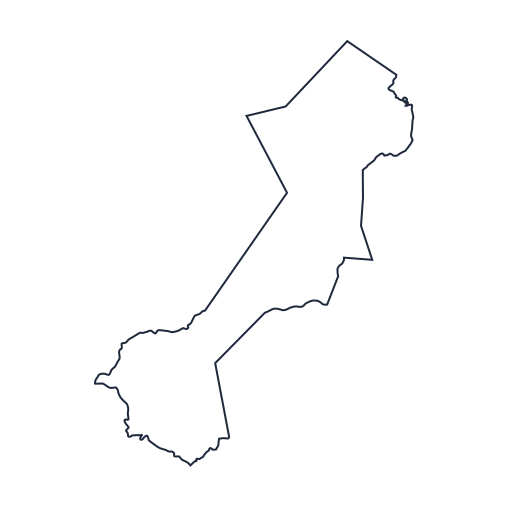 the district of Concepción, Copán, Honduras, rotated 78°
{"feature_id": "27666195B32287838652437", "entity_name": "Concepción", "entity_type": "district", "adm_level": 2, "iso_a3": "HND", "parent_name": "Honduras", "parent_adm1": "Copán", "projection": "orthographic", "projection_center": [-88.87, 14.863], "detail": "fine", "context": "isolated", "style": "outline", "palette": "slate", "viewbox_px": 512, "rotation_deg": 78, "n_neighbors": 0, "source": "geoboundaries", "source_scale": "gbopen_adm2", "svg_char_len": 6048}
<svg xmlns="http://www.w3.org/2000/svg" viewBox="0 0 512 512"><g transform="rotate(78 256 256)"><path d="M447.2,363.7L445.3,360.7L444.0,358.3L444.0,357.9L444.3,357.3L444.2,357.0L444.0,356.9L443.6,356.7L442.4,356.6L442.2,356.3L442.1,356.0L442.1,355.6L442.8,353.9L442.8,353.5L442.6,352.8L442.1,351.8L441.4,349.5L440.8,348.9L439.9,348.3L439.0,347.0L438.0,345.9L437.7,345.4L436.9,343.6L436.1,342.3L435.9,342.1L435.4,342.0L435.0,341.8L434.7,341.4L434.4,341.0L434.4,340.7L434.5,340.4L434.8,339.8L435.3,339.4L436.1,339.1L436.3,338.8L436.8,337.1L436.9,335.3L433.4,332.3L427.1,330.2L427.3,326.2L428.7,321.2L427.6,319.9L352.3,318.2L313.4,259.2L312.7,255.6L311.5,251.3L311.4,250.2L311.3,249.3L311.6,247.7L312.1,245.9L313.1,243.7L314.4,241.5L314.6,241.0L314.7,240.4L314.8,238.9L314.7,237.3L314.4,235.9L313.8,233.9L313.6,232.7L313.5,231.4L313.4,229.4L313.5,228.3L313.7,227.2L314.0,226.1L314.9,223.8L315.1,223.0L315.1,222.1L315.0,221.1L314.8,220.3L314.5,219.7L313.6,218.6L313.1,217.8L312.7,216.8L312.3,215.6L311.9,214.0L311.5,212.0L311.4,210.7L311.4,209.5L311.6,208.5L312.2,206.3L312.6,205.3L313.1,204.5L313.7,203.6L314.6,202.7L315.6,201.8L316.7,201.1L317.5,200.1L318.1,197.9L318.3,196.5L292.8,179.8L290.6,179.8L289.4,179.7L286.0,179.1L285.0,178.7L283.8,177.6L282.9,176.6L282.4,175.7L281.6,173.8L281.1,173.1L280.5,172.5L279.4,171.6L278.2,170.9L277.2,170.5L275.9,170.3L283.9,143.1L248.3,147.0L221.5,139.3L194.2,133.7L192.9,131.5L192.4,130.1L192.2,129.6L191.8,129.0L191.0,128.3L190.6,127.9L187.1,120.7L186.2,119.6L184.9,118.6L184.4,118.0L182.9,115.0L182.3,113.6L181.9,112.2L181.9,111.8L181.9,111.4L182.1,110.9L182.3,110.6L182.8,110.2L183.4,109.9L183.8,109.7L184.4,109.7L184.5,109.6L184.6,109.2L184.5,108.3L184.6,106.9L184.5,106.1L184.4,105.3L183.8,104.4L183.8,103.7L184.1,103.0L184.6,102.3L185.0,101.9L185.9,101.3L186.4,100.5L186.8,99.9L186.9,99.2L187.1,97.7L187.0,97.1L186.9,96.4L185.9,94.5L185.2,92.3L184.5,89.5L184.1,88.0L183.9,87.6L182.7,86.4L181.5,84.7L179.9,83.2L178.3,81.1L177.7,80.7L176.3,79.7L176.0,79.4L175.7,78.9L175.4,78.8L174.6,78.8L173.0,79.1L171.8,79.3L171.0,79.4L170.0,79.2L167.6,78.4L164.4,77.0L156.0,74.7L155.3,74.4L154.1,73.7L153.4,73.4L152.0,73.2L150.4,73.2L147.1,73.2L145.3,73.3L141.3,72.0L140.9,72.1L140.5,72.4L140.3,72.7L140.1,73.2L140.1,75.2L140.4,77.4L140.3,78.0L140.1,78.5L139.9,78.4L139.5,77.4L138.9,76.3L138.5,75.8L138.0,75.6L137.4,75.5L137.1,75.8L137.1,76.2L137.4,77.0L137.3,77.6L137.2,77.9L136.7,78.4L136.4,78.7L136.1,78.8L135.7,78.7L135.5,78.4L135.5,78.0L136.0,77.6L136.1,77.1L136.0,76.6L135.6,76.2L135.0,75.9L134.4,75.8L133.7,75.9L132.9,76.3L132.4,76.8L132.0,77.4L131.9,78.0L132.1,78.6L132.5,79.3L133.1,79.6L133.6,79.6L134.1,79.2L134.4,79.3L134.6,79.5L134.5,80.1L133.8,81.5L132.4,83.4L131.9,83.9L131.0,84.3L130.8,84.5L130.4,85.6L130.1,86.2L129.9,86.3L129.7,86.3L129.2,85.8L128.9,85.7L127.6,85.8L127.0,86.0L126.2,86.5L125.7,86.8L124.2,87.1L123.8,87.4L123.2,88.2L121.3,90.9L120.8,91.3L120.2,91.5L119.6,91.6L119.2,91.4L119.0,91.2L117.9,89.4L116.6,86.9L116.3,86.5L115.8,85.9L115.3,85.6L115.0,85.5L113.7,85.5L112.8,85.1L111.9,84.4L111.1,82.9L110.4,82.1L109.3,81.5L107.9,81.1L64.8,122.1L115.9,195.9L117.0,236.1L200.6,212.5L298.9,317.3L298.8,318.5L298.9,319.4L299.2,320.4L300.3,321.9L300.8,323.0L301.1,324.1L301.5,327.4L301.6,327.9L301.9,328.3L302.2,328.8L302.8,329.4L304.8,330.9L307.0,332.6L307.7,333.2L308.4,334.1L309.2,335.2L309.1,335.7L309.2,336.2L309.3,336.6L309.6,336.9L310.0,337.2L310.5,337.3L310.8,337.3L311.4,337.0L311.6,337.0L311.9,337.2L312.2,337.4L312.6,337.8L312.8,338.4L313.0,339.0L312.9,339.5L311.8,341.5L311.4,342.2L311.4,342.5L312.0,344.4L312.8,347.0L313.0,347.8L313.2,351.1L313.1,353.6L313.0,354.2L312.7,355.0L311.7,356.6L311.2,357.6L309.3,363.2L308.7,364.9L308.4,366.3L308.3,367.1L308.4,367.5L309.2,368.8L309.6,369.1L310.2,369.5L310.5,369.8L310.7,370.2L310.7,370.7L310.6,371.1L310.4,371.4L307.5,373.8L307.3,374.2L307.1,374.7L307.0,375.2L307.0,375.9L307.5,378.6L307.7,382.1L307.6,383.4L307.1,384.6L307.0,385.2L307.2,386.2L307.6,387.6L309.5,392.8L311.1,397.6L311.5,398.3L313.6,401.2L313.7,403.1L313.7,403.8L313.5,404.6L313.6,405.2L313.9,405.6L314.6,405.9L315.4,406.0L316.9,406.1L317.7,406.3L318.4,406.7L318.9,407.2L319.1,408.2L319.5,408.7L320.2,409.3L321.2,409.8L321.8,410.0L322.5,410.1L324.5,410.2L325.8,410.3L327.7,410.7L328.2,410.9L329.9,412.6L335.1,417.1L335.3,417.5L336.2,419.3L337.3,420.9L337.7,421.4L339.7,422.6L341.3,423.9L341.5,424.3L341.6,424.6L341.4,425.5L340.9,426.6L339.9,428.2L339.6,428.9L339.4,429.6L339.1,431.8L339.2,432.7L339.3,433.6L339.5,434.3L340.1,435.0L341.7,436.3L343.3,438.1L344.2,438.8L345.2,439.3L346.3,439.8L347.3,440.0L347.5,439.8L348.5,434.2L349.1,432.1L349.4,431.7L353.4,427.8L353.9,427.3L354.3,426.6L354.7,425.9L354.9,425.1L355.2,422.7L355.4,420.7L355.5,420.4L355.7,420.1L356.7,419.6L358.0,419.2L359.2,419.0L361.1,419.1L362.0,419.0L364.3,418.5L365.7,418.1L367.4,417.3L370.8,415.2L373.0,413.6L374.2,413.0L375.9,412.7L376.9,412.7L378.2,412.7L379.6,412.9L380.6,413.2L383.2,414.1L385.1,414.3L387.8,414.5L389.1,414.7L389.4,415.0L389.5,415.3L389.0,417.1L388.8,418.2L389.0,418.4L389.2,418.6L389.9,418.9L390.8,418.9L392.4,418.4L394.2,417.6L395.9,416.7L396.6,416.4L397.3,416.3L397.5,416.4L397.7,416.6L399.2,419.0L399.8,419.4L400.2,419.3L401.3,418.8L402.6,418.3L404.8,418.5L405.7,418.4L406.1,418.3L406.3,418.0L406.5,417.5L406.6,416.5L406.4,415.8L405.9,414.9L405.8,414.3L406.5,409.5L407.3,406.4L407.3,405.8L407.2,405.0L407.4,404.9L407.6,404.9L409.4,406.8L410.4,407.2L410.9,407.3L411.4,407.1L411.8,406.8L411.9,406.4L411.9,405.7L411.5,404.8L410.0,403.0L409.3,401.7L409.0,400.8L409.0,400.3L409.2,400.0L409.6,399.7L410.9,399.4L412.2,399.2L413.7,399.2L414.2,399.0L416.3,397.3L421.8,392.4L422.9,391.2L423.9,390.0L425.0,388.2L426.1,386.1L426.9,384.8L427.4,384.0L428.2,383.2L428.6,382.8L429.1,381.7L429.4,380.8L429.6,380.1L429.6,379.3L429.9,378.7L430.9,377.7L431.9,377.1L432.2,377.1L433.1,377.4L434.1,377.6L434.5,377.6L434.8,377.5L435.2,377.0L435.4,376.4L435.7,374.4L436.1,372.9L439.6,371.0L440.1,370.5L441.6,368.5L443.6,366.1L444.9,365.0L447.2,363.7Z" fill="none" stroke="#1e293b" stroke-width="2"/></g></svg>